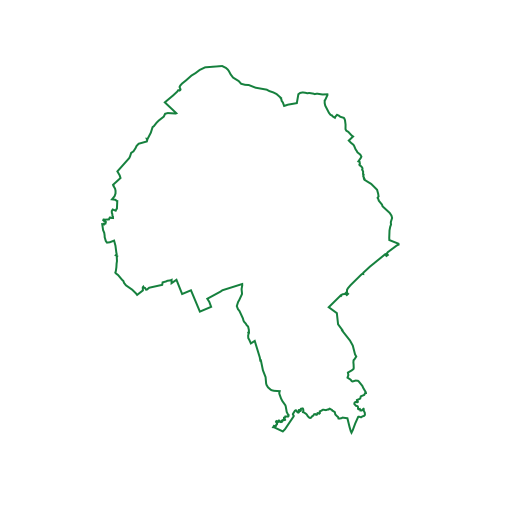 Tauteu, Bihor, Romania, rotated 165°
{"feature_id": "2599482B27968189683607", "entity_name": "Tauteu", "entity_type": "district", "adm_level": 2, "iso_a3": "ROU", "parent_name": "Romania", "parent_adm1": "Bihor", "projection": "mercator", "projection_center": [22.342, 47.279], "detail": "fine", "context": "isolated", "style": "outline", "palette": "green", "viewbox_px": 512, "rotation_deg": 165, "n_neighbors": 0, "source": "geoboundaries", "source_scale": "gbopen_adm2", "svg_char_len": 6021}
<svg xmlns="http://www.w3.org/2000/svg" viewBox="0 0 512 512"><g transform="rotate(165 256 256)"><path d="M396.2,276.3L395.7,275.3L394.1,273.2L391.5,267.6L390.6,266.2L390.4,264.1L389.2,261.3L384.3,255.5L381.6,250.9L380.9,249.2L374.2,252.0L373.5,255.0L372.8,255.5L372.6,254.5L371.5,253.9L370.9,251.9L370.0,251.8L367.4,253.0L354.1,252.4L353.0,254.7L349.4,254.7L348.1,255.0L344.9,254.6L343.7,254.8L344.6,251.6L339.0,253.6L337.2,238.4L327.7,239.7L324.6,216.8L312.5,218.5L313.0,223.8L314.1,227.3L299.5,230.8L297.3,231.6L276.6,232.5L276.9,231.2L278.5,227.8L279.2,223.5L279.5,222.7L283.6,217.8L285.2,216.2L287.5,212.6L287.2,209.4L286.2,207.1L284.8,199.1L284.8,196.7L284.5,195.5L283.4,193.4L282.9,191.6L281.9,189.9L282.0,186.8L282.6,183.8L283.3,183.9L283.3,182.8L284.2,181.1L284.7,178.7L284.2,176.8L283.7,173.6L283.6,172.9L279.2,174.3L278.6,157.1L278.9,153.9L278.3,153.9L278.9,143.8L278.1,136.5L279.2,130.3L279.2,128.8L278.4,126.0L276.3,122.9L275.3,122.1L273.4,121.1L268.1,119.3L269.0,117.7L269.1,116.7L268.7,111.9L268.1,109.1L266.3,104.3L266.2,103.2L266.7,97.4L266.0,94.1L265.7,93.9L266.0,93.0L266.6,92.6L269.2,93.4L269.6,92.8L270.8,92.6L271.2,91.4L270.2,90.7L270.3,90.2L272.1,90.2L272.8,90.6L273.7,90.3L273.8,89.9L273.5,89.5L273.9,89.1L275.0,89.1L275.5,89.4L275.9,90.5L276.4,91.2L276.8,91.1L277.2,90.0L277.7,89.9L278.5,90.4L278.8,91.2L279.3,91.1L279.6,90.7L279.0,88.7L279.3,88.0L280.5,87.4L280.7,86.7L281.3,86.6L282.6,87.3L283.7,86.2L282.9,85.9L275.5,79.6L272.8,81.2L261.1,91.4L260.9,92.1L261.4,93.3L261.2,93.9L258.5,96.4L257.7,96.7L257.2,96.5L256.6,94.8L255.8,93.8L255.1,93.9L254.8,94.3L254.8,95.4L254.5,96.1L254.0,96.1L253.4,94.9L253.1,94.8L252.7,95.0L252.5,96.1L252.1,96.8L250.4,96.7L250.2,96.5L250.1,95.9L250.2,94.6L251.0,93.0L250.3,92.6L248.6,90.7L248.0,89.7L247.5,88.0L246.7,86.5L246.1,85.8L245.4,85.5L244.7,85.6L243.2,86.7L242.0,87.0L240.8,88.1L239.7,88.0L239.0,87.0L238.2,87.0L237.3,88.3L236.8,88.3L235.8,87.3L235.0,87.7L234.6,89.4L232.5,89.7L231.8,90.1L231.0,90.2L228.6,89.1L227.7,89.0L226.8,89.2L225.6,88.9L224.9,89.4L224.4,89.5L222.4,87.5L222.2,86.7L221.6,86.3L220.3,84.8L220.4,82.4L219.1,80.1L218.6,79.5L218.4,79.1L218.4,77.7L217.7,77.4L215.4,77.2L214.2,77.5L209.7,75.6L209.9,66.6L209.8,62.2L209.5,60.6L207.5,62.9L203.4,68.7L198.9,74.2L198.2,74.2L196.3,73.0L194.8,73.5L192.9,73.6L191.9,74.4L191.5,76.4L192.0,79.1L191.6,80.5L190.7,80.8L192.2,80.4L193.9,79.4L195.2,79.8L195.1,80.7L195.3,81.4L196.6,81.4L197.0,82.0L196.7,82.9L196.6,84.3L197.0,84.8L198.2,85.4L199.3,87.5L199.1,88.3L198.5,89.0L197.4,89.2L196.1,88.5L195.4,88.7L195.3,89.2L195.9,90.3L195.8,90.8L193.1,91.1L192.2,91.4L191.1,93.3L187.4,93.8L186.0,95.4L185.3,95.2L185.2,95.9L186.6,101.0L186.9,103.0L189.3,108.4L189.9,109.1L192.0,109.9L195.2,109.8L196.0,110.4L196.3,111.4L196.9,112.4L199.1,114.8L197.6,117.1L197.4,119.6L193.2,120.7L191.1,121.6L190.6,122.5L189.8,126.0L189.5,127.9L188.8,129.9L188.4,130.4L187.8,130.6L185.2,132.9L185.8,135.4L185.7,144.4L187.1,150.0L192.1,161.7L191.7,161.9L194.4,168.8L192.7,179.9L199.0,187.7L184.9,195.7L184.4,195.3L184.2,195.4L184.4,196.0L183.8,196.3L182.0,196.6L180.1,196.3L179.0,196.9L178.7,196.5L179.2,196.2L178.4,194.8L176.9,195.6L177.8,197.1L178.3,196.8L178.6,197.2L177.4,197.9L176.8,199.8L175.5,201.1L172.3,203.3L159.3,210.7L157.9,211.3L157.1,210.9L157.0,211.7L156.6,212.1L148.6,216.3L130.7,224.3L130.4,223.9L130.6,223.9L130.0,222.3L128.4,222.9L129.1,224.5L127.7,225.6L117.4,229.7L115.3,230.1L115.2,231.0L123.1,236.9L122.6,239.1L120.4,246.2L118.8,249.5L117.4,251.5L117.2,253.1L116.8,254.2L114.7,257.5L114.7,260.0L115.7,263.0L120.9,271.2L121.0,273.0L123.1,277.7L123.1,279.1L123.5,280.7L122.2,281.8L121.9,284.4L121.9,288.6L126.0,295.7L131.4,301.4L131.2,302.0L131.7,302.3L131.7,303.2L131.5,303.3L131.4,304.1L131.8,304.9L131.7,305.6L131.0,306.5L131.0,306.8L131.4,307.0L131.4,307.5L130.7,309.7L130.8,310.7L131.0,311.2L131.1,312.0L130.6,312.5L130.5,313.3L130.6,314.1L131.7,316.2L132.4,316.7L132.5,317.5L131.8,318.2L131.6,320.2L132.6,320.9L129.1,323.9L128.5,324.7L129.0,326.9L131.2,329.9L131.5,331.3L132.2,333.2L132.7,336.8L133.1,338.2L135.0,340.8L136.5,343.5L131.3,346.3L132.5,347.8L134.7,352.0L136.3,353.6L136.6,354.7L136.7,355.4L135.5,359.7L134.9,364.0L135.0,365.3L135.4,366.7L138.6,368.7L139.6,370.1L141.2,371.4L143.3,370.0L144.0,369.1L145.9,371.1L146.1,372.0L147.2,372.8L147.6,373.3L148.5,375.5L150.2,383.3L150.1,385.9L149.4,388.5L148.7,388.9L145.3,393.0L145.2,393.7L150.0,394.8L155.0,397.0L157.5,397.2L158.4,397.9L162.4,399.7L164.3,399.9L165.9,400.8L168.5,401.9L171.1,402.1L173.2,401.3L177.0,393.1L185.9,393.9L190.0,393.7L190.3,397.2L191.1,399.4L190.9,400.8L191.3,402.0L191.0,402.2L194.2,407.1L196.9,409.5L200.5,411.9L202.6,413.9L212.9,418.7L218.7,423.0L222.3,424.2L225.8,426.2L227.4,429.4L232.0,434.3L233.5,438.0L234.3,441.5L235.0,443.4L236.4,445.5L239.6,448.3L256.3,451.4L262.2,450.3L267.1,448.3L271.6,447.0L278.0,443.8L282.8,441.7L285.1,440.2L286.1,439.0L285.8,436.5L286.2,435.9L287.0,435.6L287.5,436.1L288.4,436.2L289.3,435.3L294.2,432.7L304.3,428.0L296.0,414.5L296.7,414.4L304.2,416.9L307.0,416.9L309.0,414.5L314.9,412.0L317.5,410.5L321.1,407.8L322.5,407.3L325.7,402.3L330.0,397.6L330.7,397.3L331.2,397.5L331.1,396.8L330.8,396.6L331.8,394.9L340.3,394.8L342.9,393.2L344.5,391.3L347.3,388.8L349.9,387.9L351.9,384.8L353.1,383.4L368.0,373.6L366.8,369.2L366.7,366.4L375.6,361.8L375.4,360.9L375.6,360.8L374.7,357.5L374.8,355.3L375.5,352.8L377.1,350.4L380.4,348.0L377.3,346.7L376.1,345.0L375.8,344.9L378.1,337.7L378.8,337.3L379.8,336.1L382.4,338.0L383.7,336.7L384.1,334.9L383.9,333.8L384.3,331.9L384.0,331.1L384.3,329.7L386.2,330.3L386.6,330.8L387.3,331.0L388.6,329.4L392.2,330.1L393.8,330.7L394.3,330.1L393.7,329.3L393.6,328.8L392.6,328.2L392.2,327.7L392.9,326.8L393.0,326.3L393.7,326.2L394.8,326.5L394.9,325.9L396.3,326.5L397.0,320.6L396.6,317.7L396.9,315.1L397.3,313.3L397.2,309.3L396.5,307.5L393.7,307.1L389.1,307.6L389.1,306.9L389.1,302.3L390.0,295.6L390.1,293.7L391.3,293.0L390.1,291.7L390.8,290.8L391.6,287.1L392.6,284.8L393.8,281.2L395.3,277.7L396.2,276.3Z" fill="none" stroke="#15803d" stroke-width="2"/></g></svg>